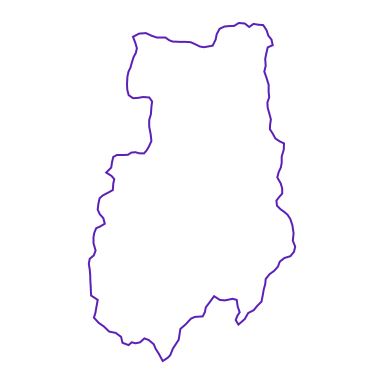 Guaxupé, Minas Gerais, Brazil
{"feature_id": "56859067B29023872604938", "entity_name": "Guaxupé", "entity_type": "district", "adm_level": 2, "iso_a3": "BRA", "parent_name": "Brazil", "parent_adm1": "Minas Gerais", "projection": "natural_earth1", "projection_center": [-46.685, -21.291], "detail": "fine", "context": "isolated", "style": "outline", "palette": "violet", "viewbox_px": 384, "rotation_deg": 0, "n_neighbors": 0, "source": "geoboundaries", "source_scale": "gbopen_adm2", "svg_char_len": 2351}
<svg xmlns="http://www.w3.org/2000/svg" viewBox="0 0 384 384"><path d="M91.1,295.5L97.7,299.9L95.3,313.3L93.9,317.6L98.6,322.8L103.9,326.5L109.2,331.6L115.7,332.9L121.1,336.9L122.5,342.8L128.6,345.1L131.7,342.3L135.6,343.3L140.1,342.3L144.4,338.4L148.7,340.0L153.7,344.2L155.8,349.1L158.9,353.9L162.7,361.0L167.6,357.9L170.3,355.1L172.8,348.8L178.7,339.7L180.4,328.9L185.6,324.4L191.0,318.6L194.9,316.9L202.7,316.4L204.9,312.1L205.8,307.4L209.6,302.3L214.1,296.2L219.8,299.9L224.8,300.4L232.7,298.8L236.7,299.9L237.7,306.6L239.7,312.3L237.4,315.7L235.7,320.0L238.4,324.6L244.7,319.1L248.2,313.0L253.7,310.2L257.4,305.7L261.5,301.6L262.7,295.5L263.8,289.2L265.2,284.3L265.7,279.0L269.5,274.2L274.2,270.8L277.9,266.7L279.8,261.6L284.4,258.0L290.4,256.2L294.0,251.8L295.2,246.7L292.8,240.6L293.6,233.4L292.4,225.3L290.3,219.0L287.6,214.8L284.6,212.2L280.5,209.2L277.0,205.7L276.4,200.6L279.1,197.1L282.2,193.6L282.2,188.5L280.8,183.6L277.3,177.4L278.7,172.0L280.8,167.6L281.7,162.9L281.7,156.6L283.8,149.4L284.0,143.4L279.6,141.3L275.4,138.5L272.7,133.6L269.9,129.2L270.1,124.8L270.9,119.4L269.5,114.2L267.7,107.8L267.4,102.4L269.2,97.3L268.6,91.5L268.7,85.0L266.4,77.5L264.3,71.6L265.7,65.8L265.2,58.9L266.4,53.0L267.7,47.4L272.7,45.2L271.5,39.6L268.3,35.6L266.6,30.3L263.2,25.1L258.2,24.7L253.5,23.9L249.2,27.0L244.8,23.5L238.8,23.0L234.1,25.9L229.2,26.1L224.5,26.5L219.6,28.8L216.7,34.2L215.7,39.4L212.7,45.6L207.6,46.6L203.7,47.2L199.8,46.5L195.2,44.2L190.7,42.2L185.7,41.9L180.4,41.9L176.5,41.7L172.8,41.6L169.3,40.3L165.4,37.5L161.2,37.5L156.8,37.5L151.7,35.8L145.9,33.1L139.1,33.6L133.0,36.8L135.3,42.8L136.9,48.2L135.8,53.0L133.6,57.0L131.8,62.7L130.5,67.5L128.5,71.6L127.4,76.8L127.0,84.7L127.3,89.9L128.7,95.2L133.1,98.2L137.8,97.9L143.2,97.0L149.3,97.5L152.1,101.5L151.4,107.0L150.9,114.2L149.2,119.9L149.2,126.6L150.7,134.5L151.4,141.0L148.9,146.6L146.7,150.3L144.0,153.4L139.3,153.3L135.3,152.2L131.3,152.6L127.9,154.8L123.1,155.0L117.0,155.0L113.3,156.9L112.1,161.8L111.2,167.6L106.2,172.6L111.5,175.9L114.3,179.2L113.3,183.4L112.8,190.1L107.6,192.9L102.7,195.5L99.6,198.3L98.4,203.8L97.7,209.6L99.7,214.1L103.3,218.1L104.8,223.7L100.3,226.4L96.2,228.2L94.3,232.8L93.5,237.1L93.5,243.2L95.6,250.6L93.7,255.5L89.7,258.8L88.8,263.9L89.7,269.3L90.2,274.8L90.3,279.7L90.7,286.5L91.1,295.5Z" fill="none" stroke="#5b21b6" stroke-width="2"/></svg>